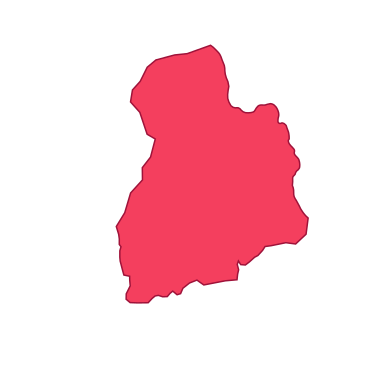 the district of Mobaye, Basse-Kotto, Central African Republic, rotated 220°
{"feature_id": "33826404B98868976507956", "entity_name": "Mobaye", "entity_type": "district", "adm_level": 2, "iso_a3": "CAF", "parent_name": "Central African Republic", "parent_adm1": "Basse-Kotto", "projection": "albers", "projection_center": [21.19, 4.52], "detail": "fine", "context": "isolated", "style": "filled", "palette": "rose", "viewbox_px": 384, "rotation_deg": 220, "n_neighbors": 0, "source": "geoboundaries", "source_scale": "gbopen_adm2", "svg_char_len": 2423}
<svg xmlns="http://www.w3.org/2000/svg" viewBox="0 0 384 384"><g transform="rotate(220 192 192)"><path d="M227.8,116.9L220.9,112.4L217.5,109.3L214.0,105.1L211.2,104.4L209.5,100.6L205.4,95.7L202.6,92.9L194.3,87.0L190.8,84.6L185.6,87.4L183.2,84.6L179.0,80.4L176.9,71.7L173.5,67.5L168.3,67.5L162.4,72.1L154.4,79.0L154.1,84.9L153.4,88.7L151.3,91.2L147.1,92.9L143.7,96.0L143.7,100.2L143.0,103.7L141.3,103.7L137.4,103.7L135.4,106.8L137.1,112.4L135.4,120.7L131.6,127.7L127.5,128.0L123.2,128.4L109.4,145.4L101.1,153.7L104.2,158.3L106.3,162.4L110.8,165.6L112.1,169.0L108.0,167.7L104.2,170.4L103.1,175.3L102.1,182.3L100.7,185.7L100.4,192.7L101.0,197.2L96.9,201.7L87.5,213.5L79.2,218.8L77.5,233.0L86.3,246.7L87.4,246.8L88.7,246.8L91.0,247.1L93.5,247.6L95.9,248.3L98.1,249.0L100.7,250.2L106.8,252.6L108.8,253.2L110.9,254.2L112.5,255.5L115.4,258.8L117.2,260.3L119.3,261.5L120.0,262.5L121.4,264.5L123.8,267.3L124.3,268.1L124.5,268.9L124.5,269.8L124.4,270.7L124.4,271.5L124.5,272.2L124.9,272.9L125.2,274.0L125.3,275.0L125.3,275.9L125.0,276.8L125.0,277.6L125.0,278.4L125.2,279.6L125.7,280.5L126.9,282.1L128.3,283.5L129.4,284.4L131.2,285.6L133.2,286.1L135.3,286.3L137.5,286.7L138.8,287.6L139.8,289.3L140.6,290.0L141.6,290.4L143.6,290.7L146.4,291.0L148.7,291.5L150.0,292.2L151.1,293.0L151.4,293.5L151.5,293.8L151.5,294.3L151.6,294.8L151.9,295.4L153.6,297.3L155.0,298.6L156.3,299.7L157.6,300.5L160.1,301.9L161.4,302.7L162.5,303.4L163.5,303.6L164.4,303.6L165.5,303.6L166.4,303.3L167.3,302.9L167.7,302.5L168.0,301.8L168.5,301.2L168.9,300.9L169.7,300.6L170.6,300.7L171.4,301.2L172.3,302.2L173.5,304.0L174.2,305.5L175.0,306.8L176.5,308.3L178.3,309.5L180.1,310.4L182.0,311.1L183.7,311.3L185.5,311.4L187.3,310.9L188.7,310.1L190.8,307.4L191.9,305.6L193.3,304.4L195.1,303.0L196.2,301.6L196.7,300.1L196.7,297.5L196.3,295.2L196.2,293.6L196.6,292.5L197.8,290.8L199.9,288.7L202.1,287.1L204.4,286.3L206.8,286.3L208.8,286.6L210.5,286.3L211.7,285.5L212.9,284.3L214.9,283.3L217.6,283.1L221.5,284.6L224.7,286.6L227.3,289.5L229.6,293.0L231.7,296.6L235.4,299.6L239.1,301.5L242.2,303.6L244.6,305.8L246.5,307.9L248.6,309.7L254.0,312.6L256.9,314.3L259.2,315.3L261.2,315.8L264.8,316.2L268.7,316.5L272.1,316.3L284.6,294.9L293.4,285.8L304.5,270.0L306.5,258.8L302.8,243.5L303.2,231.9L297.0,221.5L283.2,219.5L263.5,207.4L254.2,209.0L246.2,192.1L245.7,178.7L237.7,169.4L238.4,151.8L230.2,132.9L227.8,116.9Z" fill="#f43f5e" stroke="#9f1239" stroke-width="1.5"/></g></svg>